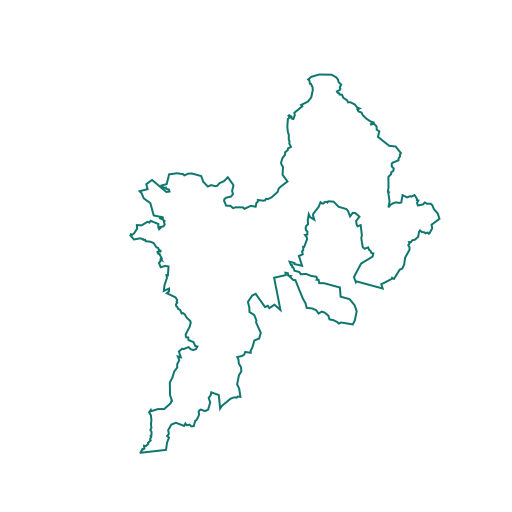 the district of Tehuacán, Puebla, Mexico, rotated 157°
{"feature_id": "50627088B19866902668175", "entity_name": "Tehuacán", "entity_type": "district", "adm_level": 2, "iso_a3": "MEX", "parent_name": "Mexico", "parent_adm1": "Puebla", "projection": "natural_earth1", "projection_center": [-97.424, 18.466], "detail": "fine", "context": "isolated", "style": "outline", "palette": "teal", "viewbox_px": 512, "rotation_deg": 157, "n_neighbors": 0, "source": "geoboundaries", "source_scale": "gbopen_adm2", "svg_char_len": 6103}
<svg xmlns="http://www.w3.org/2000/svg" viewBox="0 0 512 512"><g transform="rotate(157 256 256)"><path d="M115.7,393.4L127.0,398.4L135.3,399.3L139.0,398.1L138.3,397.0L139.0,393.5L138.2,393.1L138.0,389.3L138.9,386.5L143.2,380.4L147.9,377.8L155.5,377.4L154.9,375.7L164.7,372.9L165.4,370.3L168.1,367.5L169.5,368.7L168.9,370.4L170.4,372.6L171.3,372.4L170.9,370.4L173.1,369.7L176.5,363.1L178.2,357.9L178.5,354.6L180.4,350.2L180.3,348.6L181.4,346.6L181.2,342.7L184.5,342.5L185.5,341.0L188.6,340.1L189.8,337.8L193.2,335.9L196.3,332.4L196.8,331.0L196.4,327.3L199.8,320.4L197.9,312.3L206.8,310.0L208.8,309.1L211.1,306.5L218.7,303.9L222.7,303.7L224.4,304.7L225.9,303.7L227.3,303.9L232.4,306.8L232.7,305.7L235.0,304.5L237.1,301.5L241.2,304.2L248.2,303.9L249.1,305.9L256.1,308.9L258.4,309.0L260.0,312.2L263.8,314.0L263.8,319.2L262.9,320.7L260.6,321.3L255.8,320.5L253.1,321.9L252.5,325.4L249.4,329.4L249.2,330.7L251.2,339.5L256.1,337.4L261.1,337.3L264.2,335.8L265.9,336.0L269.7,338.8L273.2,338.8L275.6,345.0L275.2,351.0L282.9,357.1L286.5,358.3L290.5,358.2L291.2,359.9L296.6,363.1L304.1,365.1L310.1,357.1L315.4,357.8L315.2,356.2L313.5,354.5L312.3,354.3L312.4,353.0L310.1,351.0L310.5,349.1L313.5,350.0L322.0,366.6L328.9,365.0L329.7,359.9L337.8,361.1L336.8,358.5L336.8,352.9L332.6,346.0L334.3,333.3L328.9,329.5L329.6,328.3L328.8,327.4L327.8,328.9L326.7,328.0L327.5,325.9L326.5,323.9L327.5,323.4L327.7,320.6L329.7,319.4L333.2,320.2L332.9,319.2L334.7,318.5L334.6,320.9L333.4,323.6L339.3,329.6L341.0,328.4L342.6,329.9L349.3,328.9L353.6,331.0L354.7,327.6L359.6,324.4L361.7,323.9L362.6,324.9L363.6,324.0L361.9,318.9L355.9,317.6L353.5,315.8L353.5,315.0L351.7,314.2L351.8,312.8L347.2,310.1L345.1,307.7L344.3,302.9L342.9,301.6L343.0,299.7L341.8,298.0L342.2,297.5L343.2,298.6L345.2,298.2L345.0,296.1L344.1,296.0L343.7,290.6L344.4,290.5L344.3,289.1L345.1,290.2L346.2,288.4L348.0,287.6L348.1,282.9L343.3,282.3L340.6,280.5L344.7,272.6L345.9,273.4L346.5,270.7L351.7,264.8L354.5,259.9L348.8,260.0L350.0,257.3L352.6,256.6L346.2,249.3L345.8,246.1L347.0,244.9L346.7,243.9L348.7,242.6L349.0,240.8L348.2,239.5L348.5,238.1L346.9,236.0L346.9,232.1L345.4,231.9L344.4,230.1L343.8,226.1L341.9,221.8L342.1,220.2L344.6,216.9L351.3,211.4L352.0,209.4L352.0,208.4L350.2,207.5L351.0,205.0L347.2,201.2L347.1,197.0L345.3,195.6L347.5,193.8L350.5,193.9L352.6,195.7L353.7,198.5L359.0,198.6L360.2,199.5L364.3,198.2L364.8,192.1L367.2,194.1L367.3,190.1L370.8,187.2L372.1,184.1L376.3,181.7L380.6,176.6L384.7,173.3L389.5,161.5L389.9,155.4L390.7,155.4L391.9,153.9L400.3,151.0L406.1,153.4L413.1,154.1L413.0,155.4L415.5,153.9L415.0,150.4L416.5,145.5L418.4,142.3L419.4,138.7L421.2,137.2L420.9,134.9L422.2,132.0L423.3,131.5L423.0,130.6L425.0,128.9L425.0,127.4L428.4,126.2L428.6,125.1L431.7,124.1L433.2,125.1L433.9,122.5L435.0,122.0L435.9,122.7L438.8,120.3L439.9,120.2L414.6,112.7L410.7,119.1L407.0,122.9L408.1,125.1L405.7,126.3L404.9,130.0L399.8,133.9L394.9,133.8L388.6,127.7L386.4,129.4L386.1,127.4L382.9,126.7L382.2,124.5L379.8,123.7L376.3,128.1L375.0,128.2L371.9,130.6L370.2,132.6L369.7,135.1L368.2,136.1L366.8,136.2L363.5,133.1L360.1,133.3L355.4,139.0L355.0,143.9L352.0,145.6L350.5,148.0L344.6,142.6L348.6,129.6L346.1,131.3L335.2,134.6L331.2,134.4L329.1,133.1L327.9,133.8L325.4,132.4L323.3,140.5L323.5,145.3L318.2,153.0L314.6,155.5L313.3,159.3L313.8,163.8L312.6,167.6L312.7,170.3L307.7,169.4L305.4,169.9L303.4,171.9L298.7,169.0L297.8,171.0L295.0,173.3L290.5,178.9L285.4,178.8L281.6,183.4L281.9,194.8L280.8,196.6L280.7,202.4L283.9,207.0L282.3,211.1L281.4,216.9L274.9,221.1L271.1,221.3L267.6,205.4L264.6,205.6L264.1,202.8L258.1,204.0L254.6,196.8L247.8,228.9L236.0,226.8L235.4,229.1L233.4,227.7L234.0,225.5L232.0,224.1L233.0,223.9L231.0,219.3L229.2,218.4L229.5,198.6L228.9,193.1L229.6,188.4L224.8,185.8L221.8,182.6L220.9,178.6L217.2,179.1L215.1,177.3L212.7,172.9L213.1,168.9L209.7,166.6L206.9,163.3L206.4,161.6L203.6,161.5L193.6,155.2L190.2,158.1L184.9,165.8L184.5,172.2L186.7,179.7L194.0,185.5L191.1,194.2L204.0,204.4L208.4,206.3L207.7,209.6L209.5,210.5L208.6,211.4L208.5,213.3L213.0,216.1L216.9,219.9L221.9,221.7L222.4,224.3L226.3,227.4L226.1,230.8L227.0,231.4L226.5,233.6L227.4,234.1L227.3,237.6L223.4,234.6L223.7,233.5L217.4,229.0L216.5,239.3L212.3,239.3L211.8,242.3L210.3,242.8L209.0,246.0L208.1,245.6L202.4,251.5L202.0,253.7L202.7,256.2L200.4,255.7L199.1,258.5L199.9,260.3L199.5,262.1L198.3,263.9L195.7,264.9L194.2,269.1L191.1,273.8L191.0,270.6L188.2,266.7L187.7,270.9L186.8,272.5L179.2,276.7L175.6,280.3L174.6,278.4L173.2,278.0L171.9,278.8L169.8,278.3L169.4,277.3L168.0,278.1L163.4,275.7L160.8,269.1L154.5,263.9L153.7,261.7L153.9,255.7L150.1,257.9L147.8,256.7L145.4,251.8L150.1,249.2L151.1,245.5L150.9,243.7L147.6,243.5L150.4,233.8L152.1,231.3L154.3,222.6L153.2,220.2L149.4,220.1L149.5,217.3L148.6,216.1L148.6,213.6L147.0,212.5L148.9,209.9L162.2,208.0L174.1,198.3L174.3,192.8L173.5,193.4L152.1,176.6L151.7,181.0L139.7,181.9L139.2,182.7L137.9,181.0L129.0,187.3L126.2,187.3L122.9,190.3L119.5,196.1L112.3,201.7L111.3,203.9L111.6,206.5L109.9,207.4L109.7,209.0L107.9,208.3L106.0,209.4L103.4,208.9L99.2,210.3L96.6,214.4L95.0,215.4L93.8,213.0L91.8,212.1L91.1,210.7L88.8,210.5L88.3,209.0L87.4,209.1L82.9,212.7L82.2,216.2L72.6,218.5L72.1,224.2L73.9,229.5L73.9,233.8L74.8,235.9L78.1,237.2L79.7,239.3L82.1,238.2L87.2,239.2L87.1,241.9L84.9,243.7L86.1,244.6L85.5,245.7L86.3,250.2L89.7,249.9L90.7,250.8L94.0,250.9L97.3,254.7L101.3,248.6L102.8,248.6L106.3,250.7L109.1,251.0L112.4,250.5L115.1,249.0L111.8,253.9L109.5,262.5L108.8,262.8L109.5,263.6L107.3,267.2L103.2,277.1L99.6,278.6L98.8,280.2L96.2,280.8L95.0,282.8L96.0,285.3L95.1,287.8L93.9,288.5L87.5,288.4L86.7,290.0L84.4,291.5L84.1,292.9L82.4,294.1L84.7,302.2L90.4,305.5L97.2,318.0L93.8,322.5L95.5,325.1L94.4,328.2L95.7,331.6L99.5,332.2L95.9,333.3L98.1,335.2L100.8,339.4L102.7,343.9L102.8,346.8L105.2,349.1L105.4,351.3L103.1,351.3L104.9,353.2L105.8,356.8L109.0,360.6L111.2,361.5L111.4,363.8L113.8,367.5L113.8,370.8L116.0,372.0L115.7,373.1L117.1,374.4L117.2,375.9L114.0,376.1L113.0,377.0L113.0,378.5L110.6,380.5L112.0,383.7L111.6,386.4L112.5,389.4L115.7,393.4Z" fill="none" stroke="#0f766e" stroke-width="2"/></g></svg>